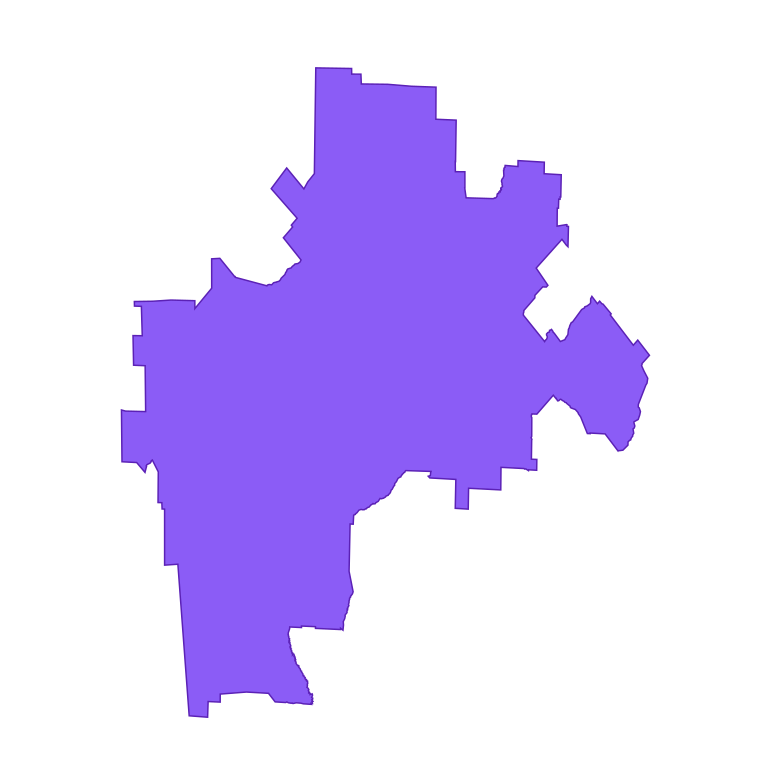 outline of Barcoo, Queensland, Australia, rotated 356°
{"feature_id": "25037944B38568063774568", "entity_name": "Barcoo", "entity_type": "district", "adm_level": 2, "iso_a3": "AUS", "parent_name": "Australia", "parent_adm1": "Queensland", "projection": "equal_earth", "projection_center": [142.502, -25.173], "detail": "fine", "context": "isolated", "style": "filled", "palette": "violet", "viewbox_px": 768, "rotation_deg": 356, "n_neighbors": 0, "source": "geoboundaries", "source_scale": "gbopen_adm2", "svg_char_len": 6150}
<svg xmlns="http://www.w3.org/2000/svg" viewBox="0 0 768 768"><g transform="rotate(356 384 384)"><path d="M338.0,63.9L329.2,169.3L322.1,177.0L317.7,183.8L302.0,161.7L285.1,181.3L308.9,212.6L302.6,219.1L303.8,221.0L293.8,231.1L309.9,254.5L308.7,256.5L306.6,257.8L303.5,258.1L302.9,258.8L300.6,260.4L299.5,261.7L296.1,262.5L295.3,263.3L294.5,265.1L293.7,265.9L292.8,267.9L288.8,271.3L287.8,273.0L286.4,274.2L283.9,274.7L283.5,275.1L282.9,274.9L280.9,275.3L278.9,277.2L276.3,276.7L274.6,277.2L274.1,277.9L243.0,267.2L243.0,266.4L242.2,266.0L229.0,247.2L220.8,247.1L218.8,276.4L200.6,295.6L201.1,287.7L177.4,285.4L159.1,285.3L140.7,284.3L140.5,288.9L147.4,289.6L146.2,319.0L137.0,318.2L135.5,347.8L147.0,349.1L144.3,394.9L124.3,393.0L120.3,391.6L117.2,443.3L131.8,445.1L139.4,455.5L141.4,449.5L141.1,449.1L141.9,447.9L145.2,446.6L146.2,445.4L146.1,445.1L146.5,444.7L146.5,444.3L147.6,443.7L152.7,455.9L150.3,486.5L154.1,486.9L153.9,493.2L156.4,493.5L152.5,549.4L165.8,549.4L166.5,701.4L184.8,704.1L186.4,688.5L198.4,689.9L199.0,681.9L225.3,681.7L247.2,684.5L253.2,693.5L263.7,694.9L264.9,694.4L266.3,695.3L269.2,696.0L270.0,695.8L270.9,696.4L274.2,695.9L278.8,696.6L281.2,697.4L289.2,698.5L288.8,697.9L288.9,697.3L290.0,697.5L289.8,697.2L290.3,696.6L290.0,695.7L290.9,695.6L290.0,693.9L290.8,693.5L291.0,692.4L289.9,691.7L290.9,689.9L291.0,689.2L290.7,688.1L289.7,688.5L289.3,688.1L288.6,688.6L288.3,686.8L287.7,686.9L287.9,686.5L287.5,686.4L287.7,685.9L287.1,684.7L287.3,684.0L287.6,684.0L287.7,683.6L286.9,682.0L286.0,681.3L286.4,680.5L286.3,679.9L286.6,679.5L286.5,678.0L287.0,677.6L287.0,675.0L286.2,674.7L286.3,674.5L286.2,674.1L286.0,674.3L285.9,673.7L285.7,673.8L285.4,673.2L285.1,673.2L284.6,671.9L284.9,671.3L283.8,670.3L283.7,669.3L283.0,669.3L282.8,667.4L281.8,665.8L281.7,664.8L281.4,664.8L280.9,664.2L280.6,662.5L279.2,660.5L279.5,659.4L279.1,658.9L278.5,658.7L278.2,658.9L276.8,656.7L276.7,656.2L276.9,655.3L276.2,654.5L276.3,654.1L276.0,653.7L276.5,653.4L276.7,652.8L276.0,652.2L276.3,652.0L276.4,651.2L276.0,651.0L276.0,650.2L275.4,649.8L275.8,649.5L275.6,649.3L275.7,648.9L275.4,647.9L274.7,647.9L275.0,647.2L274.6,647.1L274.4,646.6L273.9,647.3L274.0,646.1L273.5,646.1L273.5,645.2L273.0,644.5L273.0,644.1L273.3,644.2L273.2,643.1L272.4,642.1L272.3,641.6L272.8,641.2L272.3,640.9L271.9,639.9L272.0,639.4L272.5,639.5L272.7,638.3L272.0,636.6L272.1,635.8L271.7,635.9L271.2,635.4L271.4,634.8L271.2,634.5L272.0,633.8L271.5,633.1L271.9,633.0L271.8,632.0L272.0,631.4L271.5,631.1L271.3,630.5L271.4,629.3L271.1,629.0L271.2,628.4L270.9,627.6L271.1,627.3L270.9,627.0L271.2,625.4L272.8,621.5L273.0,619.8L284.7,621.2L284.8,619.7L298.7,621.3L298.6,623.0L323.5,625.9L323.6,624.6L325.9,626.7L326.8,621.6L326.8,618.2L328.4,615.4L329.1,613.0L329.0,612.2L329.5,611.2L330.5,610.3L331.2,609.3L331.1,608.4L331.7,606.8L331.5,605.9L331.8,605.5L332.0,605.7L332.0,605.0L332.4,604.8L332.5,604.0L333.5,602.7L333.2,601.5L334.0,599.0L333.9,598.2L334.7,596.2L334.7,595.3L335.8,594.2L335.7,593.8L336.0,593.1L336.6,592.8L336.8,592.2L337.2,592.0L337.9,591.1L338.7,589.1L336.1,568.4L340.4,521.3L343.5,521.7L344.6,512.7L346.3,512.1L346.3,511.7L348.1,510.5L350.2,508.1L352.4,507.5L353.6,507.9L355.7,508.0L356.9,507.2L357.6,507.3L358.8,506.1L360.6,505.7L362.6,503.6L363.0,503.6L364.2,502.8L364.7,502.9L364.8,502.5L366.1,502.9L366.9,502.8L367.6,501.8L370.0,500.7L372.1,497.9L373.1,498.3L375.5,497.9L377.6,496.8L378.3,495.9L380.4,495.3L380.8,494.6L382.0,493.7L382.8,492.7L383.8,490.3L384.8,489.6L386.6,486.6L387.5,485.9L387.7,484.1L389.6,482.2L391.4,479.1L393.7,477.9L394.2,477.9L395.1,476.3L395.9,475.7L395.9,475.3L396.9,474.7L397.5,473.9L398.5,473.6L398.8,472.8L399.7,471.9L424.8,474.5L424.4,475.5L423.8,478.6L421.7,479.1L423.1,480.9L449.0,484.2L446.4,513.0L459.3,514.7L461.1,493.9L493.1,497.8L494.9,475.3L517.8,478.1L518.4,478.7L519.5,478.6L522.1,480.5L522.3,479.7L530.3,480.7L531.2,469.9L525.8,469.3L527.4,450.4L527.7,449.6L527.0,447.7L527.7,446.6L529.1,427.8L528.7,427.2L528.8,425.3L529.4,424.8L529.5,424.2L534.4,424.7L552.1,407.0L554.4,410.3L554.8,410.3L554.8,410.9L555.4,411.4L555.8,412.6L556.2,413.0L557.2,412.8L558.8,411.5L559.9,411.9L560.6,412.8L562.4,413.8L563.2,414.9L564.6,415.4L565.0,416.2L568.1,419.1L568.3,420.3L568.9,420.9L573.1,422.8L575.8,426.3L575.7,427.0L577.9,430.6L583.4,447.6L586.2,447.9L586.2,447.3L601.1,449.2L612.7,467.0L612.8,466.8L614.5,466.9L617.7,466.7L623.1,462.0L623.4,458.8L625.2,457.2L626.1,457.1L626.9,455.1L628.5,453.3L628.5,452.2L629.7,450.6L629.3,446.2L630.6,445.3L631.3,443.4L630.6,440.0L630.8,439.1L635.1,437.1L636.9,432.9L637.9,429.4L636.9,425.6L636.0,424.7L636.3,422.1L645.1,403.4L646.4,401.6L647.5,396.7L644.3,389.3L642.2,383.6L642.8,382.5L642.8,381.6L650.8,373.9L640.2,357.9L635.4,362.7L614.5,330.9L615.5,329.9L608.1,319.6L606.9,319.1L604.9,316.4L602.5,318.8L597.5,311.1L596.1,313.4L595.8,317.2L595.2,318.3L592.1,320.3L589.7,321.0L589.2,322.1L586.4,323.5L576.4,335.3L575.1,335.8L573.4,338.8L572.7,340.9L571.8,342.3L570.9,347.6L568.6,350.6L567.5,352.4L562.9,353.9L557.3,345.1L556.3,344.1L556.2,343.3L554.9,341.2L553.4,342.1L552.9,342.0L552.5,343.7L551.0,344.1L549.6,345.5L549.6,346.6L550.1,347.8L550.2,348.7L549.3,350.7L548.0,351.6L547.2,352.9L527.8,325.0L528.0,323.0L528.5,322.0L528.6,320.5L540.5,308.6L540.7,306.1L549.1,298.2L552.7,298.6L554.4,297.0L543.9,279.0L571.6,252.1L575.5,258.1L577.1,259.9L579.0,239.7L577.4,239.4L577.6,237.8L577.3,237.7L567.7,238.6L569.1,220.7L570.3,220.8L571.2,211.8L572.5,212.0L572.8,209.6L573.4,209.7L575.4,187.6L558.4,185.4L559.4,173.9L533.3,170.5L532.8,176.4L520.1,174.4L519.8,175.6L519.9,176.2L518.7,177.1L518.7,178.7L518.2,179.0L518.1,184.8L517.1,186.8L516.0,187.9L515.3,189.7L515.8,192.3L515.6,193.3L516.0,194.6L515.9,195.5L514.5,196.3L514.1,196.9L514.1,197.7L514.7,197.8L514.7,198.2L514.4,198.7L513.2,199.3L513.5,200.1L513.4,200.5L512.1,200.4L511.6,202.0L510.5,201.9L509.9,203.4L509.9,204.6L508.6,206.0L507.6,206.4L507.4,206.1L505.9,206.7L478.9,204.0L478.2,193.9L478.4,193.9L479.5,177.9L470.0,177.2L470.6,166.9L470.9,167.0L474.4,125.8L454.2,123.5L456.6,91.5L432.2,88.9L408.7,85.3L382.3,83.1L382.6,73.3L373.4,72.6L373.7,67.0L338.0,63.9Z" fill="#8b5cf6" stroke="#5b21b6" stroke-width="1.5"/></g></svg>